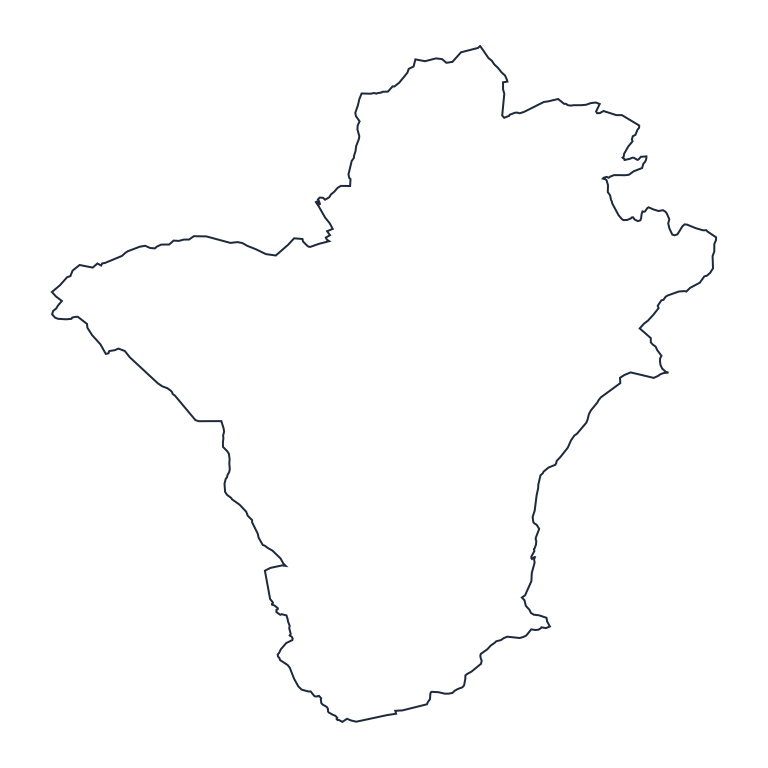 the district of Corbeni, Arges, Romania
{"feature_id": "2599482B87595720625527", "entity_name": "Corbeni", "entity_type": "district", "adm_level": 2, "iso_a3": "ROU", "parent_name": "Romania", "parent_adm1": "Arges", "projection": "robinson", "projection_center": [24.667, 45.289], "detail": "fine", "context": "isolated", "style": "outline", "palette": "slate", "viewbox_px": 768, "rotation_deg": 0, "n_neighbors": 0, "source": "geoboundaries", "source_scale": "gbopen_adm2", "svg_char_len": 6066}
<svg xmlns="http://www.w3.org/2000/svg" viewBox="0 0 768 768"><path d="M653.7,377.9L657.7,376.1L660.5,374.2L663.9,373.0L668.5,372.6L665.7,371.8L662.2,368.6L660.5,365.1L660.0,361.2L660.1,358.4L661.5,355.8L657.2,350.1L655.6,346.6L652.6,344.4L650.8,342.4L650.8,338.1L639.7,328.4L644.2,323.5L647.8,320.8L653.4,314.7L658.6,308.1L657.7,305.9L659.9,302.5L661.5,300.3L663.5,299.8L665.5,296.9L667.6,295.5L678.9,291.5L684.5,291.1L686.4,291.5L690.2,287.8L699.8,282.7L704.3,276.4L707.0,275.6L710.2,272.8L713.0,268.3L712.6,256.1L714.3,251.4L714.3,244.0L716.0,240.1L716.1,237.3L707.3,231.4L706.3,230.2L702.9,230.3L695.6,228.1L687.0,224.6L684.5,224.4L682.4,226.3L677.5,234.3L674.6,235.3L672.3,234.6L669.4,228.5L668.2,223.4L669.3,219.3L666.7,213.3L665.3,211.6L663.0,210.2L658.6,211.0L653.6,209.5L648.6,207.3L647.3,208.1L645.0,211.4L644.0,211.8L642.5,211.4L641.6,214.1L641.2,217.7L640.4,220.3L637.9,221.1L634.7,219.6L633.1,217.3L632.0,217.3L630.9,218.4L627.1,220.0L623.3,220.1L621.7,218.9L618.5,215.1L612.2,203.3L611.9,201.5L611.0,199.9L610.3,196.2L609.6,194.5L607.8,192.2L608.0,185.2L606.5,180.1L605.2,179.2L602.9,178.6L603.6,177.8L606.6,176.9L608.8,177.7L610.4,176.5L614.0,175.1L625.5,175.2L629.0,174.7L633.7,171.3L642.1,168.0L643.4,163.6L645.0,162.0L645.9,160.1L646.4,158.0L646.4,156.4L640.9,156.8L638.4,159.6L637.2,159.8L633.9,157.8L632.3,157.7L629.9,158.8L624.6,160.0L624.4,159.1L622.6,157.7L623.7,156.7L624.1,153.8L628.3,146.4L632.5,141.4L631.9,139.4L632.8,136.2L635.4,134.9L637.5,129.7L639.1,127.8L639.2,125.5L621.9,115.1L616.3,115.1L603.4,111.0L599.9,113.1L597.1,113.2L596.1,111.5L599.7,104.0L595.6,102.5L590.8,103.1L586.0,104.8L580.9,105.2L573.7,105.2L570.8,105.6L567.9,105.2L566.1,103.9L564.1,103.8L558.1,99.0L548.5,101.3L543.8,102.0L523.8,112.0L519.6,113.3L517.3,112.6L515.1,112.7L509.7,114.7L509.1,115.8L504.2,117.8L502.2,115.5L504.3,93.7L503.1,89.6L503.0,82.3L507.4,81.6L507.0,80.0L505.1,75.6L501.6,72.4L498.0,67.9L494.2,64.3L491.8,60.7L488.6,58.2L480.2,46.1L479.6,46.3L478.1,47.9L461.0,52.3L452.4,61.9L446.4,62.8L442.0,59.1L435.9,58.4L425.1,61.2L415.4,59.4L413.6,66.5L408.7,68.9L407.4,72.7L399.3,82.6L394.4,86.5L392.6,86.4L387.9,91.6L382.2,91.8L381.6,92.5L377.7,93.1L376.4,93.6L374.0,93.0L371.1,93.7L361.6,93.5L359.3,99.3L357.9,105.3L355.3,112.9L355.9,116.1L359.6,121.3L357.7,125.4L357.4,129.3L359.3,136.2L359.0,138.7L356.2,146.0L355.5,151.2L354.0,155.8L353.9,157.9L351.7,161.0L348.5,174.3L349.2,177.8L350.5,179.2L350.1,186.0L340.8,185.9L337.4,188.0L334.5,191.5L330.9,194.5L329.3,197.2L325.1,199.7L323.0,197.8L319.7,197.6L317.9,199.5L318.9,201.0L320.2,204.7L316.8,201.6L315.9,202.1L318.7,206.3L325.0,217.4L329.8,223.4L332.7,228.9L327.1,231.2L330.0,235.2L325.8,237.6L326.9,239.7L329.2,241.2L319.1,243.8L310.2,246.9L308.7,246.7L307.2,245.7L303.0,241.5L302.5,239.0L294.1,238.3L288.2,244.7L275.8,255.5L265.9,254.1L256.0,249.3L247.2,245.8L242.3,243.0L237.5,242.1L230.4,242.9L206.3,236.4L193.8,236.2L189.1,239.5L183.7,239.6L178.9,240.9L173.6,240.6L169.2,244.5L161.1,244.6L156.9,246.6L154.9,248.4L150.2,248.0L145.2,245.8L139.8,246.7L127.9,251.2L125.4,252.8L122.0,255.9L104.8,263.0L102.2,263.4L101.1,265.5L97.4,263.5L92.7,267.6L79.6,265.0L72.6,270.6L70.4,276.1L67.1,277.2L59.9,285.3L51.9,292.0L55.9,296.4L61.9,301.0L58.0,305.5L56.2,308.5L53.2,310.9L52.1,314.3L55.0,317.6L58.0,318.8L66.2,319.3L71.5,318.8L72.2,317.6L75.0,316.9L77.8,316.8L87.0,323.9L87.4,327.7L92.1,335.1L100.4,344.3L105.8,353.9L108.2,353.4L108.8,352.8L108.9,351.6L109.4,351.0L114.8,350.2L118.4,348.6L124.8,351.0L129.9,357.4L157.7,383.2L162.2,386.3L167.4,388.2L171.0,390.9L172.0,392.1L172.7,394.0L175.0,395.7L195.4,420.1L198.7,421.2L221.3,421.1L223.6,428.3L224.1,431.7L223.1,435.5L223.4,438.3L222.9,442.4L223.0,446.9L227.2,451.2L228.9,453.8L229.6,459.2L229.3,463.6L229.8,469.2L229.2,472.0L227.5,475.1L227.0,477.2L225.7,479.0L224.5,483.6L225.1,491.9L227.1,494.9L231.0,497.8L232.1,499.4L239.5,504.6L246.2,511.7L247.7,515.7L252.1,520.1L252.1,522.3L257.7,533.6L258.6,537.7L262.8,545.0L264.6,545.6L268.1,548.2L272.3,550.5L280.6,558.5L283.3,563.5L285.7,565.9L282.1,565.4L270.4,567.9L264.9,570.7L270.1,599.0L272.9,602.4L272.7,603.4L272.0,603.8L272.0,604.6L274.6,605.6L277.7,608.1L277.9,608.8L277.5,609.4L276.4,609.9L276.4,612.0L277.9,613.2L280.3,614.8L281.6,614.2L286.5,615.4L287.8,619.7L287.9,621.2L289.7,625.9L289.2,628.1L290.7,633.9L289.7,635.5L291.7,636.7L292.7,638.8L292.3,640.1L286.3,643.0L280.9,649.2L279.1,652.9L277.7,654.5L278.0,656.5L279.4,658.1L280.1,660.1L287.6,665.0L289.8,667.8L294.1,678.8L298.3,686.4L301.6,689.6L308.4,691.5L310.6,691.4L314.5,696.2L315.8,696.5L318.1,696.3L318.1,696.0L319.0,695.9L321.2,698.3L320.8,699.7L321.4,703.3L322.7,704.6L326.6,706.8L327.8,708.4L328.1,711.6L328.8,712.5L332.3,714.5L335.4,715.8L337.3,717.9L336.6,719.0L337.5,720.0L339.0,720.0L342.3,721.9L347.0,718.8L351.5,720.6L356.3,721.7L386.6,715.2L396.1,713.7L395.3,710.8L402.4,710.4L426.9,704.3L427.8,702.2L430.0,699.1L430.3,694.1L430.8,692.4L431.7,691.8L438.5,692.2L444.9,693.7L448.5,693.7L452.5,692.9L454.6,690.8L457.8,689.0L462.4,687.3L464.1,685.3L465.3,678.9L465.4,675.4L467.1,674.0L471.5,671.6L481.0,663.8L481.7,660.7L480.8,658.4L480.3,655.9L480.8,653.9L487.3,649.3L490.8,645.5L494.8,642.7L496.2,641.3L500.9,640.1L503.5,638.3L507.2,636.7L519.7,638.0L523.3,637.0L526.3,635.5L531.2,629.4L535.5,630.0L538.4,629.7L540.6,628.4L541.4,627.3L545.9,628.1L549.9,626.5L547.1,621.4L546.5,617.8L539.0,615.3L533.8,614.7L530.9,612.9L529.6,610.0L525.8,605.8L524.5,600.3L521.9,597.5L525.1,595.3L531.4,581.1L531.8,572.9L534.6,562.7L534.1,559.3L534.9,557.1L534.3,557.1L532.0,559.0L531.4,558.4L531.4,556.5L534.4,551.0L533.9,549.1L534.6,548.4L536.0,544.5L536.3,541.1L535.7,539.4L535.8,537.7L539.2,528.9L536.6,524.7L534.8,523.7L533.4,522.4L532.6,517.0L534.7,510.6L536.6,495.4L538.2,488.0L538.3,484.7L540.5,475.3L542.7,473.4L543.6,471.6L548.6,467.5L555.3,464.8L556.3,462.9L556.7,460.9L560.4,457.0L567.7,447.8L571.1,440.2L574.4,435.5L576.9,433.8L586.4,422.6L587.5,419.8L588.9,414.2L590.9,410.4L597.5,402.3L598.5,400.3L600.8,397.4L620.3,383.1L620.0,377.8L624.4,375.0L630.7,372.4L653.7,377.9Z" fill="none" stroke="#1e293b" stroke-width="2"/></svg>